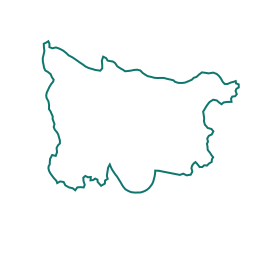 Biritiba Mirim, São Paulo, Brazil (Natural Earth projection), rotated 102°
{"feature_id": "56859067B18564095209636", "entity_name": "Biritiba Mirim", "entity_type": "district", "adm_level": 2, "iso_a3": "BRA", "parent_name": "Brazil", "parent_adm1": "São Paulo", "projection": "natural_earth1", "projection_center": [-46.024, -23.622], "detail": "fine", "context": "isolated", "style": "outline", "palette": "teal", "viewbox_px": 256, "rotation_deg": 102, "n_neighbors": 0, "source": "geoboundaries", "source_scale": "gbopen_adm2", "svg_char_len": 2741}
<svg xmlns="http://www.w3.org/2000/svg" viewBox="0 0 256 256"><g transform="rotate(102 128 128)"><path d="M199.9,166.7L196.6,165.2L195.7,162.1L195.4,159.0L192.5,158.5L189.3,160.4L185.9,161.4L183.8,159.8L184.5,156.9L183.7,154.2L187.0,153.8L186.2,151.3L184.3,149.6L184.9,147.1L187.0,146.5L188.6,144.3L190.1,142.3L187.2,139.1L184.1,139.5L182.0,137.3L179.3,138.7L175.1,139.0L170.8,139.2L167.5,138.2L170.0,136.5L171.9,135.0L174.0,132.9L176.2,130.6L177.7,128.7L182.9,123.7L184.6,122.2L186.2,120.7L188.5,117.8L189.6,114.4L190.1,111.4L189.7,107.6L188.4,102.2L186.4,98.8L184.5,96.6L182.0,94.7L178.2,92.9L175.6,92.2L171.9,92.0L169.6,91.9L166.4,92.1L164.0,92.5L163.4,88.6L163.4,85.3L163.1,67.5L161.2,64.5L162.1,60.8L160.6,56.9L157.2,56.0L154.1,57.6L151.6,57.5L149.1,56.4L147.3,54.9L149.0,52.5L151.3,49.8L150.7,47.2L148.6,45.7L148.3,42.9L145.9,41.4L143.8,39.1L141.1,39.4L138.9,38.6L137.4,40.5L135.3,42.5L132.8,45.5L129.3,46.5L127.0,47.5L124.8,46.9L121.8,48.3L118.8,47.3L116.9,44.7L113.5,43.8L111.6,46.2L111.4,50.0L108.7,53.5L105.4,55.2L103.0,55.4L99.7,56.6L96.3,57.9L93.6,56.9L91.0,56.1L88.6,55.1L85.6,53.6L82.6,50.5L82.6,46.8L84.3,43.8L85.3,41.4L83.2,39.9L82.0,36.8L80.9,32.2L77.8,33.3L75.6,32.6L74.7,29.9L72.4,28.6L69.3,30.5L67.1,30.1L65.3,28.1L62.3,28.8L61.9,31.6L59.7,32.4L61.0,34.5L62.1,36.8L64.3,39.9L64.8,42.7L62.9,45.2L60.6,47.1L58.3,49.7L56.7,52.4L56.1,56.1L57.8,60.5L57.9,63.1L58.2,67.2L60.9,69.6L63.8,71.6L65.2,74.1L67.6,75.7L69.8,78.8L71.7,81.6L72.6,84.1L73.4,88.1L73.1,91.4L71.9,93.6L71.8,96.2L71.8,99.5L71.6,103.6L72.2,106.3L73.1,110.0L73.4,113.1L73.2,115.9L73.2,119.4L72.3,122.2L71.0,125.3L69.2,127.8L69.1,131.3L70.1,134.5L71.2,136.9L72.3,140.0L73.1,142.7L72.1,145.0L71.2,148.0L69.9,151.3L67.1,154.2L66.1,156.7L66.3,159.4L66.3,162.0L64.2,163.9L63.4,167.1L67.5,167.6L71.4,166.4L75.0,165.6L77.7,167.0L78.0,171.9L77.7,176.0L77.5,178.9L76.7,182.3L75.3,185.3L74.0,188.6L72.4,192.3L70.5,196.9L69.3,201.2L67.6,203.8L65.8,207.5L64.6,211.7L64.2,215.2L65.8,218.7L65.2,221.7L61.8,222.4L59.7,224.0L61.5,225.8L63.1,227.9L66.7,227.0L70.0,225.8L73.2,225.8L77.4,225.9L80.7,225.1L83.6,223.8L86.4,222.7L88.9,220.9L89.8,218.1L91.4,214.9L94.3,212.9L96.1,210.8L98.2,210.8L100.6,212.1L104.1,213.4L106.8,214.0L110.1,214.8L113.0,214.8L115.4,214.0L118.6,211.3L121.9,210.0L126.0,209.2L127.8,207.3L129.8,205.9L132.2,204.1L134.9,203.6L137.3,202.1L139.5,200.7L142.5,200.9L144.8,199.3L147.0,196.6L148.7,195.0L151.2,193.7L154.4,192.0L157.3,191.4L159.5,192.9L162.4,193.7L166.3,192.4L170.3,192.9L170.2,196.6L174.5,197.8L176.9,197.5L179.8,197.0L182.2,197.7L184.4,197.3L186.6,196.1L188.6,194.4L190.4,192.4L192.5,190.0L194.5,187.1L196.6,185.8L194.4,183.3L194.2,179.7L197.1,177.4L198.4,173.3L198.4,169.6L199.9,166.7Z" fill="none" stroke="#0f766e" stroke-width="2"/></g></svg>